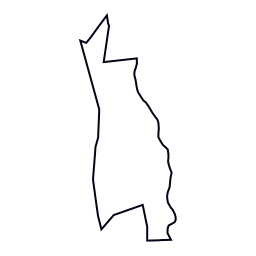 outline of Angical do Piauí, Piauí, Brazil
{"feature_id": "56859067B59305730389641", "entity_name": "Angical do Piauí", "entity_type": "district", "adm_level": 2, "iso_a3": "BRA", "parent_name": "Brazil", "parent_adm1": "Piauí", "projection": "equal_earth", "projection_center": [-42.727, -6.089], "detail": "fine", "context": "isolated", "style": "outline", "palette": "ink", "viewbox_px": 256, "rotation_deg": 0, "n_neighbors": 0, "source": "geoboundaries", "source_scale": "gbopen_adm2", "svg_char_len": 1052}
<svg xmlns="http://www.w3.org/2000/svg" viewBox="0 0 256 256"><path d="M147.2,240.6L158.7,240.3L161.1,240.1L171.0,239.8L167.5,233.1L167.6,228.9L168.6,225.5L171.6,223.9L174.6,222.2L175.7,219.9L175.6,216.8L174.8,214.1L172.7,209.8L170.8,207.6L169.6,205.5L168.0,202.7L167.4,199.7L167.1,196.4L167.7,192.4L169.6,187.2L170.1,182.3L170.5,177.9L171.6,172.6L170.0,168.6L168.8,164.9L168.1,161.5L168.4,157.9L168.4,154.0L167.7,149.4L165.1,146.9L162.7,144.7L159.8,139.8L158.4,137.2L158.4,133.9L158.8,128.3L158.4,122.8L157.4,119.6L154.7,116.1L152.2,112.5L150.0,108.7L147.8,105.2L145.7,102.3L143.6,100.7L141.3,97.4L139.6,94.6L138.3,92.7L137.3,90.0L136.7,87.2L136.2,83.9L135.5,79.6L134.5,76.1L134.3,73.4L134.7,70.7L135.7,68.1L136.9,63.7L136.8,58.4L103.7,62.1L109.0,25.9L108.1,23.2L106.9,15.4L98.1,27.1L90.7,37.4L86.2,42.9L80.3,40.6L99.2,109.3L99.1,113.6L98.1,137.7L95.5,146.9L94.7,157.9L93.9,167.9L93.0,179.3L93.8,185.5L96.1,202.4L98.0,215.8L101.4,229.4L113.8,215.0L133.8,208.0L142.7,204.9L147.2,226.8L147.2,240.6Z" fill="none" stroke="#020617" stroke-width="2"/></svg>